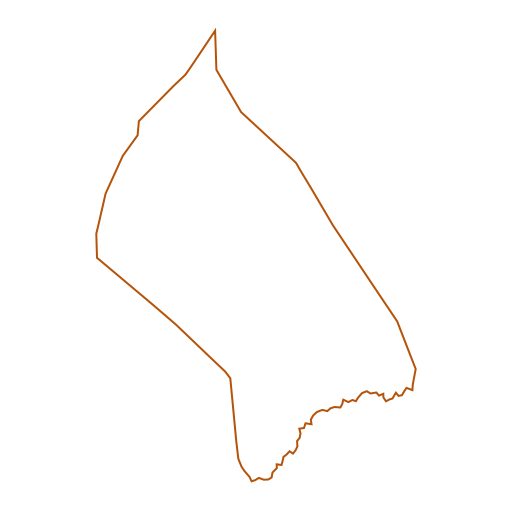 outline of Ibititá, Bahia, Brazil
{"feature_id": "56859067B56768977523626", "entity_name": "Ibititá", "entity_type": "district", "adm_level": 2, "iso_a3": "BRA", "parent_name": "Brazil", "parent_adm1": "Bahia", "projection": "albers", "projection_center": [-41.882, -11.57], "detail": "fine", "context": "isolated", "style": "outline", "palette": "amber", "viewbox_px": 512, "rotation_deg": 0, "n_neighbors": 0, "source": "geoboundaries", "source_scale": "gbopen_adm2", "svg_char_len": 1270}
<svg xmlns="http://www.w3.org/2000/svg" viewBox="0 0 512 512"><path d="M311.5,424.2L310.8,419.6L313.3,415.3L316.9,412.0L322.4,409.9L327.3,411.1L330.5,408.3L334.6,407.0L340.3,407.5L342.2,404.2L343.3,399.7L348.4,402.1L352.4,400.0L355.9,401.2L358.1,397.6L362.0,393.1L366.8,391.2L370.5,393.5L376.3,392.5L379.0,395.6L383.3,393.8L383.4,397.4L386.0,401.3L389.3,399.5L392.5,398.5L395.9,392.7L398.5,395.9L401.9,395.2L404.5,390.9L406.5,387.9L412.4,390.1L412.8,384.5L415.7,369.0L410.1,354.7L397.2,321.4L371.1,282.5L332.7,225.0L330.5,221.2L311.4,188.7L302.9,174.6L300.9,171.3L296.0,162.8L288.3,155.7L241.1,112.1L216.4,69.8L215.1,30.7L201.8,50.6L190.1,68.0L185.5,74.6L173.4,86.1L138.9,121.1L137.6,135.3L122.8,155.8L105.6,193.6L101.6,211.0L98.1,226.2L96.3,233.6L97.0,257.8L133.3,288.3L152.2,304.2L172.7,321.8L175.3,324.0L207.4,354.7L225.3,371.7L230.3,378.3L236.3,441.5L238.3,458.6L239.7,462.2L241.6,466.8L244.3,470.8L247.2,474.2L249.6,477.0L251.6,481.3L255.3,480.1L258.8,477.9L263.8,479.7L268.3,479.5L271.6,477.5L272.5,472.5L276.8,468.2L276.7,464.3L281.5,465.0L282.6,461.1L283.5,456.9L286.6,454.5L289.6,451.3L293.0,453.6L295.6,450.2L297.4,446.4L297.1,441.0L299.6,437.9L300.5,433.5L299.3,428.7L304.0,428.0L305.5,423.3L311.5,424.2Z" fill="none" stroke="#b45309" stroke-width="2"/></svg>